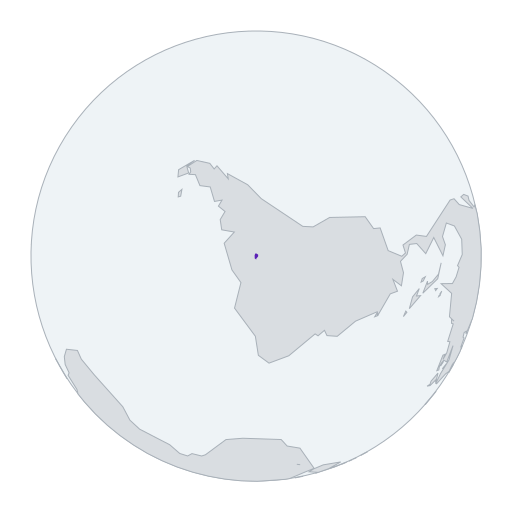 Guairá on an orthographic globe, rotated 125°
{"feature_id": "PRY-608", "entity_name": "Guairá", "entity_type": "Department", "adm_level": 1, "iso_a3": "PRY", "parent_name": "Paraguay", "parent_adm1": "", "projection": "orthographic", "projection_center": [-56.21, -25.878], "detail": "fine", "context": "on_globe", "style": "filled", "palette": "violet", "viewbox_px": 512, "rotation_deg": 125, "n_neighbors": 0, "source": "natural_earth", "source_scale": "10m", "svg_char_len": 4371}
<svg xmlns="http://www.w3.org/2000/svg" viewBox="0 0 512 512"><g transform="rotate(125 256 256)"><circle cx="256" cy="256" r="225" fill="#eef3f6" stroke="#a8b0b8"/><path d="M183.7,42.6L183.9,42.7L199.4,39.2L197.1,40.7L199.3,41.6L203.8,39.8L203.8,38.5L212.8,36.1L211.7,35.5L215.2,34.7L217.0,34.1L224.4,33.0L230.8,32.3L229.7,32.9L232.5,32.9L239.8,31.7L243.8,33.1L257.1,34.8L257.3,35.6L246.4,37.4L230.5,38.3L216.4,43.2L233.4,39.0L233.6,42.3L236.9,42.7L241.5,42.3L244.5,40.9L246.2,42.1L230.0,46.0L228.2,44.9L233.4,43.5L225.9,44.2L215.0,48.0L216.0,50.0L198.5,55.5L199.0,57.2L195.4,59.7L195.8,56.4L194.8,62.7L174.4,74.3L172.5,88.5L165.9,79.3L158.3,80.1L148.8,83.2L148.3,85.4L136.5,87.9L124.3,97.1L117.6,110.7L119.8,119.0L133.1,114.4L138.2,107.3L148.6,103.0L138.9,121.0L156.7,118.3L153.6,131.5L158.5,137.0L167.9,133.2L177.5,134.6L185.1,125.6L197.0,119.8L196.6,130.5L203.7,119.9L210.0,124.3L234.1,122.2L232.1,124.7L252.3,137.1L275.2,143.4L280.5,152.2L277.6,157.3L285.8,159.4L285.9,162.9L318.9,171.9L336.3,183.9L336.0,197.1L322.1,210.5L311.0,243.7L286.4,253.1L281.2,267.7L263.8,289.4L248.8,287.5L254.2,299.1L246.7,306.2L237.3,306.9L236.7,315.4L229.7,315.9L235.1,321.3L225.7,333.1L230.5,342.3L224.1,352.3L227.5,357.7L224.4,357.8L221.7,360.3L222.0,363.5L211.7,359.3L206.6,347.0L208.7,340.2L204.5,339.7L208.7,323.0L204.9,326.7L202.4,303.6L206.0,284.6L204.9,234.7L199.4,225.9L182.2,217.8L161.2,189.1L166.1,175.4L161.8,170.4L175.8,150.8L172.6,136.4L167.8,135.3L162.7,141.9L146.9,136.7L142.2,127.6L98.8,129.1L95.5,126.6L97.3,119.0L92.6,105.6L90.1,122.1L86.4,121.2L85.3,116.7L88.3,113.3L90.7,105.6L88.8,105.9L94.2,99.3L107.1,87.0L120.9,75.7L135.6,65.6L151.0,56.7L167.1,49.0L183.7,42.6ZM170.4,94.1L190.8,98.0L178.2,101.1L180.8,99.2L175.8,96.9L166.2,96.1L155.4,100.4L170.4,94.1ZM181.8,83.6L178.2,83.7L181.9,82.9L181.8,83.6ZM213.2,34.8L214.8,34.5L213.4,34.8L212.8,34.9L213.2,34.8ZM229.7,368.9L212.9,361.2L222.0,364.4L226.6,358.8L236.0,365.3L229.7,368.9ZM243.9,354.9L250.2,352.0L252.2,353.6L248.3,356.0L243.9,354.9ZM400.0,82.7L397.5,80.9L402.3,88.7L397.4,86.7L388.5,81.1L376.1,68.5L388.4,74.4L384.2,71.0L372.6,63.5L377.3,66.2L374.1,64.2L374.8,64.6L400.0,82.7ZM473.9,313.0L471.1,322.6L468.0,326.2L461.5,341.5L458.9,342.1L454.3,350.1L448.4,355.3L441.1,357.8L435.8,348.1L440.7,339.9L446.1,320.4L455.9,278.6L462.8,265.1L464.6,252.0L460.1,218.4L461.5,205.2L459.0,197.3L454.6,195.1L451.0,185.8L447.8,183.4L423.6,175.3L412.8,162.2L391.9,130.1L393.8,121.5L388.2,109.8L396.6,86.6L405.1,92.1L419.2,100.9L422.2,104.0L427.8,110.8L439.8,125.7L448.8,139.4L456.7,153.7L463.6,168.6L469.4,183.9L474.1,199.6L477.6,215.6L480.0,231.8L481.1,248.1L481.1,264.5L479.9,280.8L477.5,297.0L473.9,313.0ZM401.6,100.1L403.2,103.1L401.6,100.1ZM234.9,122.0L237.7,123.9L233.8,124.2L234.9,122.0ZM175.9,105.4L180.5,104.7L182.7,105.8L179.1,106.9L175.9,105.4ZM215.6,100.1L221.1,100.5L215.2,101.7L215.6,100.1ZM194.1,98.5L211.2,100.2L199.7,104.3L189.0,103.6L196.7,101.6L194.1,98.5ZM178.6,88.9L181.3,89.0L180.2,90.8L178.6,88.9ZM184.5,83.1L183.3,83.4L182.2,82.4L184.5,83.1ZM234.6,42.1L235.9,41.8L240.3,41.7L237.8,42.4L234.6,42.1ZM262.3,39.1L264.5,41.2L261.2,39.9L258.2,40.8L247.5,39.8L256.8,36.1L254.5,37.7L262.3,39.1ZM235.9,38.2L241.6,38.7L235.0,38.3L235.9,38.2ZM359.5,55.9L356.6,54.6L352.4,52.4L352.5,52.4L359.5,55.9ZM370.8,62.2L367.3,60.2L367.8,60.4L370.8,62.2ZM366.7,59.8L363.7,58.1L366.7,59.8ZM240.6,31.2L241.2,31.2L236.1,31.6L240.6,31.2ZM234.6,31.7L237.7,31.6L231.2,32.1L234.6,31.7ZM280.6,32.1L279.9,32.0L280.9,32.5L271.2,31.5L264.0,30.9L263.4,30.8L280.6,32.1ZM412.2,93.7L415.4,96.8L413.8,95.3L409.4,91.0L409.8,91.4L412.2,93.7ZM375.2,447.2L375.3,447.1L375.2,447.2ZM455.0,361.6L456.9,357.5L461.9,347.1L465.0,340.2L455.0,361.6Z" fill="#d9dde1" stroke="#a8b0b8" stroke-width="1"/><path d="M255.5,254.8L255.9,254.8L256.0,254.8L256.4,254.9L256.5,254.9L257.0,254.9L257.1,255.0L257.3,255.1L257.6,255.2L257.8,255.1L258.0,255.0L258.0,255.3L257.9,255.4L257.7,255.4L257.7,255.5L257.2,255.8L256.9,255.9L256.8,256.0L256.7,256.0L256.5,256.4L256.5,256.5L256.4,256.6L256.2,256.7L255.9,256.5L255.8,256.4L255.8,256.5L255.6,256.5L255.4,256.5L255.3,256.8L255.1,256.8L255.0,257.0L254.9,257.2L254.7,257.2L254.4,256.7L254.4,256.4L254.6,256.3L254.6,256.2L254.5,255.9L254.4,255.8L254.4,255.7L254.4,255.4L254.5,255.3L254.7,255.2L254.8,255.2L255.0,255.0L255.1,254.9L255.3,254.8L255.5,254.8Z" fill="#8b5cf6" stroke="#5b21b6" stroke-width="1.5"/></g></svg>